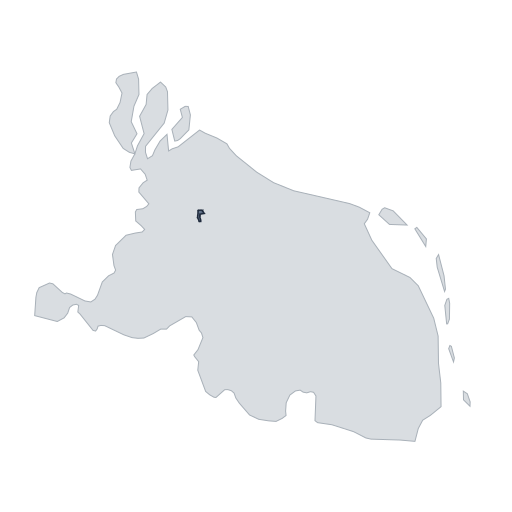 Hardinxveld-Giessendam, Zuid-Holland, Netherlands shown in context, rotated 92°
{"feature_id": "6326949B10391839507344", "entity_name": "Hardinxveld-Giessendam", "entity_type": "district", "adm_level": 2, "iso_a3": "NLD", "parent_name": "Netherlands", "parent_adm1": "Zuid-Holland", "projection": "mercator", "projection_center": [4.846, 51.839], "detail": "fine", "context": "in_parent", "style": "filled", "palette": "slate", "viewbox_px": 512, "rotation_deg": 92, "n_neighbors": 0, "source": "geoboundaries", "source_scale": "gbopen_adm2", "svg_char_len": 4696}
<svg xmlns="http://www.w3.org/2000/svg" viewBox="0 0 512 512"><g transform="rotate(92 256 256)"><path d="M323.3,475.1L313.8,474.8L304.9,474.5L300.2,473.8L295.2,471.6L292.9,466.9L290.2,461.4L290.9,458.0L299.2,448.3L300.5,445.6L299.6,444.1L300.5,439.9L306.9,425.4L307.7,419.5L304.8,415.4L300.7,413.0L287.3,408.7L280.9,402.6L278.0,397.3L275.0,395.8L270.6,397.6L259.5,399.5L250.4,396.7L239.8,386.6L237.3,377.5L236.0,370.6L233.3,368.2L229.7,371.8L225.2,377.4L216.2,378.1L213.7,376.8L213.2,373.6L212.7,370.7L210.3,367.0L207.6,364.9L196.2,375.3L192.0,375.3L186.7,371.3L184.0,367.4L178.2,369.6L173.0,374.4L174.8,383.5L171.9,385.1L165.5,384.3L158.1,380.6L150.0,378.3L137.6,372.1L120.4,377.2L108.4,371.1L98.4,370.5L92.2,365.6L85.5,357.5L90.3,352.1L94.9,350.2L113.1,349.1L126.4,352.4L150.2,370.2L156.2,370.1L162.6,367.8L159.4,363.0L153.4,360.7L144.5,355.9L137.5,349.2L154.1,347.0L151.8,343.5L149.6,337.6L132.1,316.8L135.0,311.2L139.5,299.1L144.9,289.0L149.3,286.3L156.5,279.2L172.2,258.2L182.1,241.0L189.5,220.6L200.4,164.1L203.6,154.5L208.8,143.8L215.4,145.8L220.0,148.9L236.2,140.8L263.9,119.7L272.1,101.4L280.1,92.8L312.0,76.2L329.7,71.2L356.8,69.9L376.5,66.9L400.1,65.8L409.1,76.1L414.3,83.7L422.7,87.8L435.7,90.7L434.9,105.5L435.0,134.7L434.0,139.9L428.2,152.2L422.0,174.2L420.4,188.6L418.5,191.3L393.8,191.2L390.2,193.7L389.7,196.8L391.0,200.5L390.4,204.2L388.5,207.2L389.5,211.9L393.8,217.3L401.6,220.7L410.0,221.0L414.3,220.4L417.4,224.2L420.6,230.2L420.3,237.6L419.1,247.6L415.1,256.9L403.7,267.5L398.6,271.2L393.8,273.1L391.5,275.9L390.5,279.5L390.7,282.6L398.8,291.1L398.6,293.1L396.3,297.5L393.1,301.6L372.2,310.2L363.6,309.6L358.6,313.9L357.1,314.7L351.6,310.7L339.4,306.2L334.8,307.8L332.2,310.2L324.6,313.3L319.1,318.0L319.0,324.1L328.8,339.8L332.2,342.9L332.4,348.7L337.1,356.0L341.9,365.2L342.4,371.1L341.9,377.0L339.4,385.3L330.9,404.8L330.8,408.6L331.6,411.4L334.4,412.2L336.6,413.7L336.0,416.3L320.2,429.8L318.2,432.1L311.6,431.5L310.5,433.7L311.4,437.4L314.0,440.5L319.7,442.2L324.5,445.6L328.4,452.3L323.3,475.1ZM158.1,380.6L156.8,386.2L153.1,392.5L140.8,401.4L127.9,407.3L121.2,406.6L116.6,403.5L114.2,400.3L107.3,397.2L97.8,395.6L91.9,399.0L87.7,402.1L84.0,401.6L81.2,399.0L79.1,394.8L76.3,381.9L83.4,379.5L98.7,378.6L110.5,383.2L126.1,385.4L138.0,379.2L147.4,384.5L158.1,380.6ZM132.3,327.5L141.4,335.8L143.3,338.4L144.0,341.2L132.4,344.5L120.1,334.4L112.0,336.8L108.9,332.0L108.9,329.0L117.3,326.5L132.3,327.5ZM219.8,123.7L210.5,134.7L204.9,131.6L203.3,129.1L206.1,120.5L219.8,106.1L219.8,123.7ZM260.9,74.5L252.2,75.8L248.2,73.6L269.2,67.4L282.5,65.5L284.9,66.3L260.9,74.5ZM317.2,63.1L298.8,65.6L292.6,63.7L291.6,61.9L296.6,60.8L312.3,60.5L317.1,62.1L317.2,63.1ZM240.6,86.7L223.3,98.2L221.8,96.3L233.0,86.3L240.6,86.7ZM392.5,43.6L383.8,44.1L386.3,40.0L394.3,36.9L398.7,36.9L392.5,43.6ZM355.0,54.9L341.9,60.2L338.7,59.1L339.5,57.6L351.0,54.2L355.0,54.9Z" fill="#d9dde1" stroke="#a8b0b8" stroke-width="1"/><path d="M219.7,315.9L219.9,315.8L220.1,315.5L220.6,315.3L220.9,315.1L221.1,315.0L221.5,314.8L221.7,314.7L221.9,314.6L222.1,314.5L222.3,314.4L222.5,314.4L222.8,314.3L222.9,314.2L223.2,314.2L223.4,314.1L223.5,314.1L223.6,313.8L223.5,313.2L223.4,312.8L223.4,312.7L223.4,312.4L223.1,312.4L222.9,312.4L222.6,312.4L222.4,312.5L222.2,312.5L221.9,312.5L221.7,312.6L221.4,312.7L221.1,312.8L220.9,312.9L220.7,312.9L220.5,313.0L220.4,313.1L220.2,313.1L219.9,313.3L219.7,313.3L219.3,313.4L219.2,313.5L218.9,313.5L218.6,313.5L218.4,313.5L218.1,313.6L218.1,313.4L218.0,313.2L217.9,313.2L217.8,313.3L217.7,313.4L217.4,313.4L217.2,313.4L217.1,313.5L216.9,313.5L216.7,313.5L216.6,313.4L216.4,313.4L216.2,313.5L216.2,313.4L216.1,313.2L216.1,312.9L216.0,312.7L215.9,312.4L215.9,312.1L215.8,311.9L215.8,311.7L215.7,311.6L215.7,311.4L215.7,311.2L215.6,310.9L215.6,310.7L215.5,310.3L215.5,310.2L215.4,309.8L215.4,309.7L215.3,309.2L215.2,309.3L215.0,309.5L214.9,309.5L214.7,309.6L214.6,309.8L214.4,309.8L214.2,310.0L213.9,310.2L213.8,310.3L213.7,310.3L213.5,310.5L213.4,310.5L213.2,310.6L213.1,310.8L212.9,310.9L212.7,310.9L212.8,311.0L212.7,311.0L212.4,311.1L212.3,311.3L212.2,311.3L212.1,311.5L212.1,311.8L212.1,312.0L212.1,312.3L212.1,312.5L212.1,312.8L212.1,313.0L212.1,313.3L212.2,313.5L212.2,313.8L212.2,314.0L212.2,314.4L212.2,314.5L212.2,314.8L212.2,315.1L212.4,315.1L212.5,315.1L212.8,315.2L212.8,315.6L213.0,315.6L213.3,315.5L213.6,315.5L213.8,315.5L214.0,315.5L214.3,315.5L214.6,315.5L215.0,315.5L215.4,315.5L215.6,315.5L215.8,315.5L216.1,315.5L216.6,315.6L216.9,315.6L217.0,315.6L217.4,315.7L217.6,315.7L217.8,315.7L218.1,315.7L218.3,315.7L218.7,315.7L218.8,315.7L219.0,315.7L219.3,315.7L219.5,315.6L219.6,315.8L219.7,315.9Z" fill="#64748b" stroke="#1e293b" stroke-width="1.5"/></g></svg>